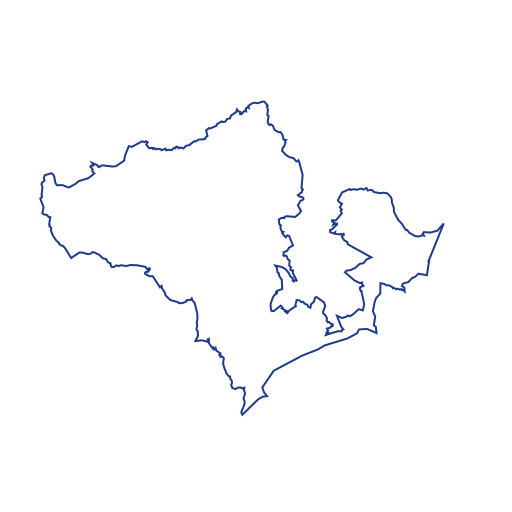 the district of Zapotitlán, Puebla, Mexico, rotated 251°
{"feature_id": "50627088B75736372567986", "entity_name": "Zapotitlán", "entity_type": "district", "adm_level": 2, "iso_a3": "MEX", "parent_name": "Mexico", "parent_adm1": "Puebla", "projection": "mercator", "projection_center": [-97.535, 18.262], "detail": "fine", "context": "isolated", "style": "outline", "palette": "blue", "viewbox_px": 512, "rotation_deg": 251, "n_neighbors": 0, "source": "geoboundaries", "source_scale": "gbopen_adm2", "svg_char_len": 6117}
<svg xmlns="http://www.w3.org/2000/svg" viewBox="0 0 512 512"><g transform="rotate(251 256 256)"><path d="M225.6,444.1L220.9,435.7L221.4,428.6L223.9,422.5L223.0,421.0L220.6,421.4L221.5,419.9L221.4,416.3L223.2,412.8L227.9,408.6L231.4,407.4L231.9,406.1L239.0,404.4L244.0,402.2L252.9,400.8L256.7,402.0L262.2,401.9L265.3,402.8L268.2,402.6L272.6,400.4L274.3,397.3L274.9,394.0L278.0,388.4L280.9,387.0L281.6,383.0L284.3,382.6L283.8,379.2L285.4,377.6L285.9,372.4L287.3,370.5L287.8,366.7L288.8,366.4L288.1,358.1L282.1,351.6L280.2,352.0L277.4,354.3L274.8,351.2L272.0,352.2L271.5,350.8L268.4,351.0L263.7,343.1L265.0,339.5L263.8,339.2L262.0,341.0L260.6,339.5L260.9,341.2L259.7,341.7L260.1,343.0L259.4,342.8L256.4,336.2L256.4,334.4L254.4,333.9L252.1,336.8L252.7,338.5L251.4,337.8L249.4,341.6L249.1,343.9L247.9,344.3L248.4,346.0L247.3,345.9L246.7,343.6L245.2,343.6L241.8,344.7L239.6,346.9L237.2,346.6L217.2,364.6L216.7,359.1L214.2,355.4L214.8,351.6L212.5,346.1L211.9,340.7L212.7,337.1L211.6,334.8L200.6,341.3L196.7,345.3L196.4,347.6L195.4,346.8L192.8,347.9L192.5,344.2L190.9,343.5L188.8,343.7L188.7,344.3L175.1,342.6L169.8,339.3L172.3,335.8L169.2,328.7L168.5,325.0L169.9,323.3L169.2,321.5L169.3,317.2L173.1,313.1L161.7,313.5L158.1,314.7L158.0,313.1L156.9,312.3L158.2,309.1L158.6,296.4L160.0,297.7L160.2,299.0L161.0,298.2L162.0,299.9L164.3,299.4L164.1,303.2L164.9,304.0L164.9,305.6L165.8,305.2L166.4,306.3L168.5,304.0L169.9,303.6L170.0,302.3L172.1,301.7L173.9,302.8L177.3,302.4L179.4,301.0L181.2,301.1L186.3,305.2L190.0,305.2L197.5,299.9L197.4,298.3L194.0,296.0L192.4,292.3L189.4,290.6L190.7,289.0L193.1,288.7L195.3,286.3L196.9,286.0L197.7,285.2L197.5,284.0L199.9,282.6L201.1,280.1L196.3,277.0L195.6,277.3L193.8,270.2L191.8,266.9L194.0,265.6L194.1,266.9L197.8,263.6L197.9,264.4L198.8,264.3L201.0,263.2L198.2,255.0L198.7,253.0L200.5,252.7L205.6,254.0L211.1,258.2L212.9,260.3L214.0,263.8L215.3,264.3L215.3,263.3L216.1,264.0L216.3,270.1L225.1,272.6L230.2,271.4L232.2,272.0L233.5,271.0L238.2,271.9L240.6,271.2L237.3,276.7L233.9,279.7L228.9,281.5L225.7,281.7L223.2,283.6L220.7,282.6L219.6,283.5L220.7,285.2L218.8,286.6L228.1,285.3L230.3,286.3L230.9,284.5L232.0,284.0L233.8,285.4L236.1,284.3L240.7,286.3L242.7,285.0L245.9,285.0L246.9,283.9L246.9,282.5L247.8,282.1L250.6,283.5L250.7,287.0L253.1,289.9L254.0,294.4L264.3,293.8L265.3,292.2L264.0,290.2L268.9,288.2L269.8,289.7L270.6,288.4L274.6,288.2L277.0,289.5L278.0,288.4L283.1,289.4L283.7,292.5L282.7,295.2L283.7,295.7L283.7,297.8L280.2,305.8L281.9,310.4L283.8,313.2L290.3,312.1L293.7,316.1L293.7,318.2L294.7,319.6L296.3,319.2L298.4,316.2L299.9,315.4L301.6,320.3L302.9,320.8L303.5,322.0L305.4,321.1L317.5,326.5L330.9,327.4L332.6,327.3L331.9,326.2L332.4,324.9L336.4,323.3L338.5,319.9L341.8,317.2L347.0,314.9L349.8,316.6L350.3,318.2L353.7,320.8L355.6,320.9L356.0,322.0L357.3,319.9L361.6,320.5L365.1,319.7L365.7,317.7L368.3,315.3L369.7,314.5L373.7,314.4L375.9,312.5L375.4,311.6L376.3,310.7L379.3,310.8L384.2,313.5L385.6,312.6L390.3,314.9L394.0,315.0L394.3,316.0L399.2,314.2L399.9,312.5L399.8,307.7L401.5,304.2L401.6,301.9L400.4,297.7L398.3,297.4L399.4,296.4L398.7,294.3L395.9,293.8L396.9,292.1L394.7,288.3L395.3,287.2L397.2,288.2L398.4,286.5L400.8,285.7L398.6,284.1L396.9,278.1L394.6,276.2L395.0,273.2L393.0,270.9L393.7,267.6L394.5,267.2L393.3,261.9L392.0,261.1L391.5,253.8L392.3,253.1L391.0,249.7L385.2,249.2L384.5,246.9L383.1,245.8L384.7,239.7L384.0,235.8L384.7,235.0L382.6,229.2L382.9,225.6L381.3,222.3L383.2,219.9L383.0,217.9L384.5,217.6L385.3,216.3L384.1,214.8L385.0,213.9L383.5,210.6L384.8,208.3L385.2,205.4L387.0,205.4L386.8,201.1L388.0,200.5L389.4,198.0L389.5,195.8L390.6,195.5L391.7,193.6L391.0,193.3L392.3,192.4L392.5,190.2L397.2,188.5L398.8,190.6L400.4,189.1L399.9,187.8L401.5,185.6L399.6,174.1L401.3,171.5L393.5,164.8L389.0,162.3L386.5,152.8L387.3,149.4L391.5,140.9L391.8,138.6L391.0,136.7L392.2,135.6L393.4,135.7L397.4,131.4L395.0,132.1L394.4,131.5L395.1,129.3L394.3,128.5L390.7,129.8L389.4,128.7L386.6,130.0L384.2,122.9L384.5,112.5L383.1,109.3L381.8,102.2L382.1,100.7L386.1,96.0L387.7,90.8L390.5,90.1L396.9,91.1L399.9,90.4L400.9,89.3L401.1,82.6L399.2,81.1L396.0,80.4L395.1,77.6L393.7,76.5L390.9,76.6L383.4,73.1L381.6,73.0L380.5,70.7L371.3,71.0L365.9,67.9L364.3,69.1L363.1,71.4L360.1,72.8L359.7,74.1L353.0,70.6L351.8,71.0L351.1,70.4L349.2,71.6L347.0,70.4L341.7,70.6L335.5,72.2L332.6,74.0L331.7,73.7L329.3,75.3L328.6,76.7L326.0,77.9L314.3,80.6L316.8,90.0L316.0,92.5L312.3,98.1L312.0,100.5L312.9,102.5L312.2,104.1L308.1,108.2L303.6,110.5L302.0,113.2L298.0,114.2L296.6,116.0L293.8,115.6L292.4,116.2L291.9,118.3L292.6,120.9L291.1,123.2L291.3,125.1L288.7,130.3L288.4,134.1L286.1,140.3L281.7,148.0L278.7,148.9L279.2,151.2L278.1,151.4L276.2,148.8L276.8,146.8L276.4,145.7L275.1,145.4L271.6,148.7L270.5,151.8L257.7,155.0L258.5,157.0L256.2,156.6L250.7,157.9L248.5,157.6L242.3,160.6L238.0,166.9L236.6,167.7L235.4,171.0L235.7,175.5L236.8,176.0L235.8,180.0L236.8,181.4L234.7,181.4L231.9,182.7L220.9,181.8L215.1,180.0L212.6,178.3L209.9,178.0L206.0,175.8L203.8,176.4L199.5,175.2L195.3,171.0L193.9,177.4L190.6,182.4L192.9,183.1L193.0,184.4L189.0,183.1L183.9,184.5L183.7,185.5L182.6,185.0L182.5,185.8L181.2,186.0L182.4,187.9L179.4,187.7L174.8,191.2L175.7,190.3L174.7,190.3L174.5,189.1L172.0,189.7L172.3,191.1L169.8,192.3L165.5,190.0L161.7,189.6L154.2,189.9L151.1,191.1L150.6,192.2L147.8,191.8L145.9,192.5L143.7,191.9L142.1,190.5L139.0,190.6L137.0,193.0L137.4,196.3L136.6,198.8L135.3,199.7L135.3,202.1L132.5,200.9L129.7,201.0L125.3,197.8L122.7,198.0L119.8,197.0L113.1,191.2L110.4,191.4L119.8,211.5L120.8,216.3L119.9,220.8L124.6,219.2L129.7,219.2L141.8,235.5L146.8,267.4L147.5,284.3L149.1,291.6L148.3,315.6L150.0,326.4L153.0,329.5L150.9,337.2L143.9,344.9L149.9,346.2L152.2,344.9L159.9,349.0L165.8,348.6L174.0,353.3L177.1,355.9L180.1,361.3L189.8,364.8L187.7,368.4L186.0,369.3L185.1,372.0L182.4,374.7L180.9,375.0L180.8,376.3L178.9,377.7L179.0,379.4L177.6,380.7L177.4,382.4L176.2,382.9L176.4,383.8L174.1,385.0L177.7,386.0L180.1,384.2L182.1,386.0L181.8,391.6L184.4,396.6L184.4,399.4L186.4,403.8L182.2,411.4L194.7,417.9L194.2,416.8L225.6,444.1Z" fill="none" stroke="#1e3a8a" stroke-width="2"/></g></svg>